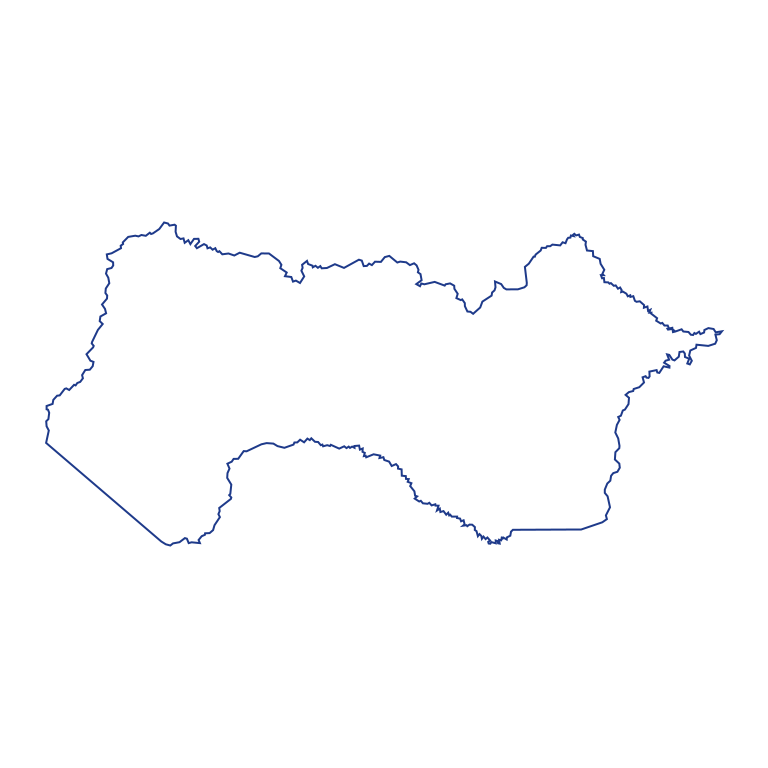 Pauini, Amazonas, Brazil (Albers equal-area conic projection)
{"feature_id": "56859067B82057358167154", "entity_name": "Pauini", "entity_type": "district", "adm_level": 2, "iso_a3": "BRA", "parent_name": "Brazil", "parent_adm1": "Amazonas", "projection": "albers", "projection_center": [-67.726, -7.765], "detail": "fine", "context": "isolated", "style": "outline", "palette": "blue", "viewbox_px": 768, "rotation_deg": 0, "n_neighbors": 0, "source": "geoboundaries", "source_scale": "gbopen_adm2", "svg_char_len": 6092}
<svg xmlns="http://www.w3.org/2000/svg" viewBox="0 0 768 768"><path d="M46.1,442.9L161.3,541.5L165.8,544.3L170.3,545.5L173.0,543.4L179.5,542.2L184.9,538.1L186.9,538.7L188.7,543.1L191.6,542.3L199.9,543.1L198.6,540.0L201.7,536.2L204.9,534.8L205.1,533.3L209.6,533.1L213.1,530.1L214.5,525.2L219.9,517.1L218.4,514.1L219.7,511.1L219.2,508.0L230.9,498.9L231.3,497.5L229.2,495.1L230.3,493.9L231.3,484.6L227.2,477.9L227.5,473.1L229.5,468.6L227.4,463.7L231.7,461.7L233.6,458.9L238.2,458.8L243.7,451.1L246.6,451.3L261.4,444.3L266.6,443.1L273.4,443.6L277.5,446.1L284.4,447.8L293.5,444.6L294.4,442.5L297.3,442.4L300.1,439.7L304.1,442.3L307.4,438.6L309.8,440.1L311.3,438.3L315.0,441.8L318.1,442.0L320.8,445.2L322.4,444.6L323.1,446.3L327.2,445.2L330.0,446.0L330.8,444.8L339.2,448.6L344.2,446.3L346.5,448.1L348.7,446.6L350.0,447.9L352.1,446.6L354.5,447.8L354.4,446.0L359.1,445.6L359.9,449.6L362.7,448.5L362.5,451.8L364.8,452.9L363.9,456.1L365.7,455.8L366.2,457.3L373.6,454.3L380.2,455.6L379.5,458.0L383.4,457.2L384.3,460.0L389.1,461.6L391.7,466.0L396.0,464.1L398.1,466.4L398.0,468.6L401.6,469.4L401.8,475.7L405.8,476.1L406.0,478.9L408.7,479.1L407.7,481.8L411.4,483.2L410.2,486.1L414.4,491.3L415.1,495.7L417.1,496.4L414.7,498.6L419.2,501.5L420.8,500.8L422.9,503.3L427.6,503.8L429.3,502.8L431.6,505.4L435.3,504.3L435.5,505.6L438.5,505.7L437.0,510.5L439.8,508.6L440.4,512.0L443.5,511.1L446.2,514.7L448.2,512.7L449.2,515.4L450.2,514.7L451.8,516.6L457.1,516.6L457.0,518.0L460.1,518.6L461.1,521.3L463.6,520.3L464.6,524.3L463.0,525.7L466.5,525.2L467.3,526.2L469.5,524.6L472.2,524.7L474.9,527.1L474.8,530.0L476.5,531.1L477.9,536.2L479.5,534.1L481.3,535.9L481.9,538.8L483.5,536.6L485.6,539.1L487.4,537.5L490.1,540.5L488.2,541.9L488.7,543.5L490.3,543.7L491.4,542.1L495.8,543.3L495.7,540.5L497.8,541.1L498.1,543.3L499.7,543.6L499.1,539.8L501.2,540.3L501.7,537.8L502.7,538.5L503.2,537.5L506.7,539.5L506.9,537.4L510.3,535.7L511.0,531.7L512.9,529.8L581.2,529.5L602.3,522.3L606.9,519.1L605.9,515.4L610.0,507.3L607.6,496.3L604.8,492.9L604.8,489.6L607.3,483.5L610.3,480.7L611.1,475.8L613.3,473.1L617.4,471.8L619.8,467.7L619.3,463.6L614.9,459.5L615.4,452.2L619.3,448.2L619.5,445.9L618.2,438.4L615.3,432.5L616.9,424.9L619.6,419.9L618.2,417.0L620.9,415.7L622.8,410.5L624.9,409.6L628.5,404.1L629.0,397.8L625.6,394.9L628.9,392.1L633.2,391.0L633.7,389.0L639.3,387.2L644.0,382.5L642.6,377.3L645.6,376.2L646.5,377.6L648.5,377.9L649.6,376.4L649.4,371.6L656.6,370.1L657.3,372.5L659.3,372.9L663.6,366.3L669.4,367.6L669.5,366.0L664.1,362.7L665.6,360.7L669.1,359.7L667.1,354.4L669.3,354.9L672.4,359.6L674.5,360.4L678.8,356.7L679.5,352.0L683.3,351.5L684.8,353.5L685.0,357.0L689.2,358.7L687.3,363.5L689.8,364.4L691.8,360.8L689.1,355.5L690.3,350.5L696.0,347.9L696.5,344.7L708.3,345.9L715.2,343.7L716.8,340.2L715.4,334.6L719.6,334.2L721.9,331.3L715.7,332.3L713.6,329.0L708.4,328.1L704.4,330.0L704.1,332.5L700.4,334.1L699.1,331.7L695.9,333.9L694.4,333.0L693.1,335.0L690.8,334.7L688.5,332.0L683.3,331.5L681.6,329.3L675.4,331.5L673.8,330.3L674.2,331.8L673.0,332.1L672.3,327.8L670.5,328.2L671.3,329.1L668.0,329.6L667.5,328.8L669.1,328.7L667.7,325.5L664.4,325.5L662.3,322.9L660.7,323.5L656.2,320.7L657.1,318.2L651.0,313.5L651.3,312.7L649.2,312.7L650.3,309.8L648.1,310.9L647.4,306.5L643.9,307.7L644.1,305.1L639.8,301.3L636.5,301.8L634.9,300.8L633.3,296.2L630.4,296.9L630.2,295.3L627.8,296.3L626.4,293.7L622.9,291.6L621.2,292.1L621.6,290.0L620.1,287.5L618.0,288.7L615.7,285.4L613.8,285.8L610.9,283.1L609.5,283.7L608.3,282.4L604.4,282.2L603.9,278.0L602.1,278.3L600.9,275.1L603.6,275.1L602.4,273.8L604.3,269.8L600.6,263.8L599.7,258.9L593.2,256.2L592.9,251.1L587.0,250.5L585.5,244.8L585.9,241.6L582.8,239.5L582.8,238.1L579.8,236.9L579.0,234.6L576.1,235.4L574.3,233.8L572.9,235.0L573.6,236.1L570.9,235.5L570.4,237.6L568.2,237.8L567.0,239.4L565.5,243.2L562.6,242.3L560.2,245.4L552.4,244.6L550.2,246.2L547.1,246.2L545.9,247.9L541.7,247.8L540.7,250.5L535.6,254.6L534.8,256.7L533.6,256.6L528.8,263.7L524.9,266.9L526.8,282.9L526.6,285.3L524.4,287.3L518.0,289.3L506.4,289.4L503.8,287.9L501.2,284.1L495.0,281.5L495.5,287.3L494.5,290.4L492.1,292.5L491.6,295.6L482.4,301.6L480.2,307.5L473.1,313.8L470.5,311.8L467.4,311.5L464.9,306.2L464.8,303.1L462.2,299.4L460.8,300.1L456.4,298.1L457.7,293.8L454.4,288.8L454.2,285.7L450.1,283.4L445.6,284.3L444.7,285.6L434.7,281.9L424.3,284.3L421.3,283.5L420.0,286.2L416.3,284.1L421.6,280.2L420.5,274.1L417.9,272.3L418.5,269.8L416.6,265.4L414.1,263.3L409.9,265.1L406.2,262.3L400.2,261.6L397.3,262.5L389.3,255.9L384.8,257.1L380.9,261.9L375.0,261.7L371.9,265.1L369.1,263.6L366.9,265.9L363.7,266.1L361.8,260.6L358.9,259.7L344.0,267.9L334.9,264.2L326.9,268.0L321.7,268.3L320.3,266.1L317.9,267.8L315.5,265.8L312.8,267.3L312.5,265.7L308.1,264.0L307.0,260.9L302.1,264.8L302.6,267.9L301.4,270.7L304.2,276.4L300.0,283.0L295.9,280.6L293.0,281.6L291.3,277.0L285.0,276.2L286.7,272.5L280.3,268.2L281.4,264.8L279.0,261.0L269.0,253.5L261.3,253.4L257.8,256.3L254.7,257.0L239.7,252.7L234.3,255.5L228.5,253.5L222.3,254.3L219.4,251.2L218.1,252.0L216.7,251.1L215.3,248.2L212.6,249.7L210.2,247.4L207.5,248.3L206.7,245.5L204.0,244.1L196.9,248.2L195.2,246.0L199.2,241.7L198.4,238.8L194.0,238.9L190.4,244.1L188.3,240.2L184.7,242.8L183.5,238.4L180.5,239.0L177.0,236.4L175.6,231.8L175.9,225.7L174.6,224.7L169.5,225.6L168.0,223.5L164.1,222.5L159.3,229.0L152.9,233.4L151.1,234.0L149.8,232.7L145.8,235.8L141.4,235.0L138.5,236.4L135.3,235.7L128.2,236.9L122.8,242.4L123.1,244.0L120.7,245.7L121.0,248.2L111.6,253.3L106.8,254.4L107.5,258.9L113.1,262.3L113.2,265.5L111.5,268.0L107.2,269.1L106.0,273.6L108.3,277.7L109.3,283.2L105.8,288.5L105.4,293.0L107.2,295.5L107.0,298.6L102.0,304.5L105.0,308.9L106.1,313.3L100.4,316.5L99.7,321.1L102.7,324.0L97.9,329.9L92.1,341.9L91.7,343.4L93.7,345.9L93.1,347.4L86.5,354.2L90.4,360.7L93.5,361.9L92.7,366.2L89.8,369.7L85.3,370.0L82.1,375.1L82.9,378.3L80.2,381.9L77.3,383.0L75.6,385.4L74.1,384.8L69.2,390.0L66.3,388.4L64.7,388.9L59.7,395.4L57.1,395.7L53.3,399.9L52.6,403.9L46.6,406.0L46.6,409.3L48.0,409.7L49.2,412.8L48.4,419.1L46.2,421.3L46.6,426.3L48.8,430.5L46.1,442.9Z" fill="none" stroke="#1e3a8a" stroke-width="2"/></svg>